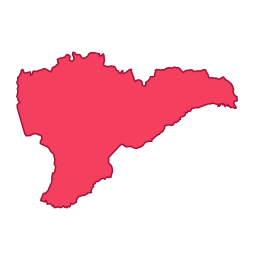 Caldas Novas, Goiás, Brazil (Robinson projection), rotated 268°
{"feature_id": "56859067B92379395223730", "entity_name": "Caldas Novas", "entity_type": "district", "adm_level": 2, "iso_a3": "BRA", "parent_name": "Brazil", "parent_adm1": "Goiás", "projection": "robinson", "projection_center": [-48.654, -17.771], "detail": "fine", "context": "isolated", "style": "filled", "palette": "rose", "viewbox_px": 256, "rotation_deg": 268, "n_neighbors": 0, "source": "geoboundaries", "source_scale": "gbopen_adm2", "svg_char_len": 4980}
<svg xmlns="http://www.w3.org/2000/svg" viewBox="0 0 256 256"><g transform="rotate(268 128 128)"><path d="M189.5,54.1L188.0,53.4L186.8,53.0L187.4,52.2L187.6,51.1L188.8,49.7L189.7,47.8L190.3,46.2L190.0,45.1L189.1,44.2L188.9,42.4L188.4,40.0L187.7,39.3L187.9,37.5L188.1,35.4L186.8,34.7L185.7,34.6L184.8,33.4L184.2,32.5L185.4,32.5L187.4,32.2L187.0,29.5L186.6,28.0L186.5,26.6L187.5,25.7L189.0,25.4L190.1,24.9L189.7,23.8L188.2,23.0L186.8,23.2L186.0,22.4L184.9,21.6L183.3,21.2L182.4,19.6L180.9,19.5L179.4,19.5L177.8,18.5L175.5,19.0L174.4,20.1L171.2,18.8L169.4,19.1L167.1,19.1L163.3,18.0L161.4,18.9L158.9,19.3L157.6,20.9L155.3,18.1L154.3,18.1L152.6,18.0L142.1,20.6L140.8,20.9L127.0,24.4L125.4,24.9L123.7,26.1L123.9,28.4L123.8,29.8L125.4,32.9L125.5,34.9L125.4,36.8L124.4,38.0L124.3,39.2L123.4,40.6L122.7,41.5L120.9,41.5L119.6,41.0L118.5,40.6L117.3,39.9L115.7,39.9L114.9,40.9L114.1,42.3L113.6,43.7L113.1,44.6L112.6,45.5L111.6,47.3L110.1,48.6L108.4,49.4L107.2,50.0L105.7,51.6L104.1,53.0L100.1,53.5L98.7,53.8L97.3,53.7L96.0,53.1L94.2,53.1L92.8,54.1L91.5,54.3L90.1,54.0L89.0,53.7L86.6,53.3L85.5,52.4L85.6,51.2L83.5,50.7L82.1,50.3L77.3,50.1L75.6,49.5L74.5,48.8L73.2,48.2L72.2,47.8L71.3,47.3L69.5,46.5L68.2,45.8L66.9,44.6L65.8,43.7L65.8,42.0L64.7,40.7L63.2,40.2L59.9,38.6L58.5,38.3L57.8,40.3L57.1,42.5L58.4,43.1L57.7,44.1L54.8,44.6L54.9,46.6L54.9,47.9L54.2,48.7L52.6,49.7L52.8,51.0L51.2,51.4L51.0,52.7L51.4,54.2L51.7,55.5L51.2,56.4L50.8,57.6L51.0,59.0L52.1,59.8L52.2,60.8L50.9,61.9L51.3,63.4L50.4,64.2L51.6,65.4L51.2,66.7L52.2,67.7L54.6,68.5L53.9,69.6L54.0,70.8L54.7,71.9L55.4,73.5L56.6,74.0L57.5,74.0L58.5,74.4L59.6,75.0L60.7,76.1L61.7,77.2L61.6,78.8L62.2,79.8L62.4,82.6L63.1,83.4L63.6,84.8L64.7,85.8L64.5,87.7L64.9,89.1L66.0,88.9L66.9,89.1L68.5,89.6L69.8,90.6L70.6,91.6L72.1,91.1L73.0,91.6L73.3,92.8L74.4,93.5L75.6,94.3L75.7,95.8L76.3,97.5L77.5,98.3L78.0,99.7L78.8,101.2L77.6,103.1L78.9,104.1L79.7,104.9L79.3,106.6L79.6,107.8L79.5,109.3L80.8,109.3L82.4,109.9L83.4,110.4L84.9,110.9L86.2,110.9L87.4,110.9L88.9,110.6L90.1,110.4L91.1,109.9L91.9,109.2L93.2,107.7L94.8,107.3L96.6,107.8L98.0,107.5L99.1,107.5L100.4,108.8L110.6,119.0L112.0,120.7L111.7,121.8L111.2,122.7L109.3,125.2L109.4,129.4L109.3,130.6L108.7,131.7L107.9,133.2L107.5,134.6L107.4,135.9L107.9,137.3L108.3,138.9L108.7,140.0L109.2,140.9L110.0,142.3L113.3,144.9L113.6,146.7L114.0,148.4L113.8,149.7L114.0,151.3L115.1,151.5L116.2,152.0L116.5,153.1L118.2,154.5L118.7,155.6L119.9,156.9L120.5,158.8L122.5,160.8L123.2,162.4L124.9,163.6L126.7,164.6L128.9,164.7L129.1,166.2L129.6,167.7L129.7,169.7L129.1,171.6L129.4,172.9L130.5,173.8L132.3,175.6L131.8,176.7L132.8,177.4L133.0,178.7L134.4,179.4L134.9,180.7L136.1,180.6L137.0,181.1L138.0,184.4L138.7,185.4L140.3,185.9L141.3,186.1L141.1,187.6L142.3,188.0L142.7,189.4L142.8,191.1L144.0,191.7L145.0,192.4L145.6,193.4L145.7,195.0L146.1,196.7L145.8,198.1L145.8,199.2L146.5,200.5L147.4,203.4L148.4,206.3L148.7,207.5L149.3,208.5L149.2,209.7L149.2,211.2L149.9,213.4L148.5,218.0L148.3,219.1L146.7,218.6L146.7,220.2L147.5,221.0L148.6,220.8L149.0,222.5L147.8,223.6L148.9,224.5L148.0,225.1L146.2,225.7L147.3,227.3L146.6,228.5L147.7,228.8L146.2,230.1L144.8,231.3L145.1,232.8L144.6,234.4L144.0,235.4L144.3,236.7L145.7,236.4L147.0,235.4L148.6,234.6L149.9,234.7L150.9,235.6L151.5,238.0L155.4,238.0L156.1,236.8L157.4,235.4L160.4,234.1L162.8,234.9L166.9,233.7L169.1,232.2L171.9,229.0L172.8,227.3L174.2,226.2L175.6,225.3L175.3,223.8L174.1,222.1L173.6,220.5L174.6,218.3L175.2,213.7L175.3,211.6L175.8,210.5L178.6,209.8L181.2,208.2L183.4,207.5L183.7,205.7L182.4,202.4L182.7,200.5L182.6,199.4L182.0,196.2L183.6,194.3L184.0,192.9L183.6,190.4L183.5,188.4L182.6,186.5L181.7,185.6L182.1,184.5L184.2,182.7L185.6,181.8L186.4,180.3L186.6,178.3L187.3,176.4L186.5,175.1L186.4,173.5L186.9,171.1L186.6,169.5L186.0,167.8L184.9,167.1L185.0,164.7L184.8,162.7L185.1,160.8L185.5,158.5L184.6,157.3L183.1,157.4L181.7,156.8L179.8,156.5L178.7,156.1L178.4,154.5L178.5,152.4L176.4,151.5L174.2,149.6L173.0,147.3L170.9,147.3L169.3,146.5L169.5,144.7L170.7,143.9L174.0,143.4L175.0,142.4L175.5,141.1L175.8,139.5L174.4,137.0L176.6,135.5L178.3,135.6L180.1,134.5L181.6,134.4L183.5,133.6L184.7,133.4L186.4,133.5L186.5,131.8L184.1,128.6L182.6,126.1L182.8,124.9L185.4,124.7L184.9,123.5L183.0,122.4L183.6,121.1L185.0,120.5L186.4,118.2L188.5,117.6L189.9,116.5L190.5,113.3L190.1,110.5L190.1,109.3L190.5,108.1L191.1,106.3L192.5,105.8L193.9,106.0L195.6,106.7L201.8,106.5L202.8,105.8L202.4,104.7L201.2,104.0L201.1,101.9L202.2,101.8L203.1,102.1L204.0,98.2L204.6,96.3L204.4,93.4L203.8,91.9L201.1,90.1L199.6,87.5L199.2,85.3L200.0,84.0L202.4,83.1L203.2,81.5L203.1,80.1L203.4,78.4L204.9,77.6L205.6,75.9L204.8,75.3L202.9,75.2L200.7,76.3L198.5,76.3L197.4,75.7L196.9,74.5L197.0,73.1L197.8,72.1L199.1,71.9L200.8,72.5L201.8,72.6L202.8,71.6L203.5,70.3L203.1,68.9L201.3,67.7L200.8,66.4L200.3,64.1L200.1,62.1L199.0,59.8L197.5,60.1L196.2,60.2L194.9,60.7L193.3,58.7L191.9,57.2L191.3,55.6L190.9,54.6L189.5,54.1Z" fill="#f43f5e" stroke="#9f1239" stroke-width="1.5"/></g></svg>